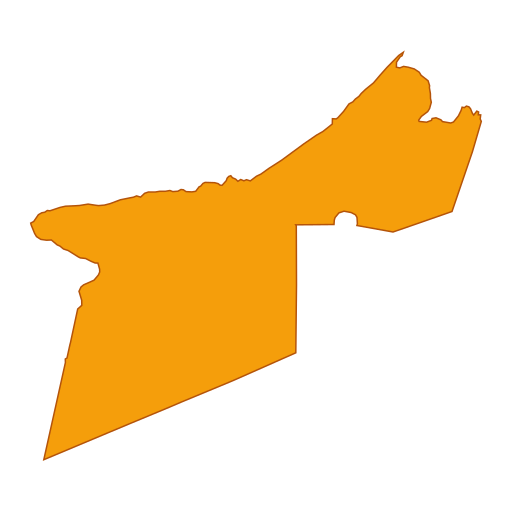 East Honiara, Capital Territory (Honiara), Solomon Islands
{"feature_id": "97153195B54570082610262", "entity_name": "East Honiara", "entity_type": "district", "adm_level": 2, "iso_a3": "SLB", "parent_name": "Solomon Islands", "parent_adm1": "Capital Territory (Honiara)", "projection": "orthographic", "projection_center": [159.999, -9.437], "detail": "fine", "context": "isolated", "style": "filled", "palette": "amber", "viewbox_px": 512, "rotation_deg": 0, "n_neighbors": 0, "source": "geoboundaries", "source_scale": "gbopen_adm2", "svg_char_len": 2220}
<svg xmlns="http://www.w3.org/2000/svg" viewBox="0 0 512 512"><path d="M43.8,459.7L106.7,433.3L129.4,423.8L169.8,407.0L181.0,402.2L233.0,380.6L295.8,352.8L296.5,284.9L296.3,225.8L295.7,224.8L311.2,224.7L334.0,224.5L334.3,220.1L335.1,217.5L338.9,212.9L344.0,211.2L349.4,212.2L351.3,212.6L355.5,214.8L357.0,217.4L357.4,223.8L356.9,225.5L393.0,232.0L419.9,222.7L452.0,211.5L472.4,151.8L481.3,121.4L480.2,119.0L480.7,114.9L478.3,114.8L478.6,112.0L476.8,111.1L473.7,115.1L472.3,113.1L470.5,108.7L468.9,106.8L466.4,106.1L464.4,107.6L462.1,107.2L461.1,110.4L458.4,115.9L453.5,122.0L450.7,123.0L442.5,121.6L440.9,119.8L436.0,117.8L432.1,118.5L431.5,120.3L426.6,122.2L419.1,121.4L418.7,120.1L421.4,116.4L427.7,111.6L429.6,108.5L431.3,102.3L430.5,98.5L430.4,93.6L429.4,87.7L429.6,85.7L428.1,80.8L421.1,75.3L419.2,72.2L414.2,68.9L408.2,67.2L403.6,66.4L399.8,67.9L396.4,67.2L396.5,62.2L400.2,56.8L402.1,55.7L403.3,52.3L398.8,55.4L387.1,67.3L380.4,74.8L373.5,82.9L365.5,89.4L361.2,93.5L358.9,96.4L355.4,99.0L352.8,101.9L349.0,103.9L343.6,111.4L337.8,117.8L336.2,118.9L332.4,118.7L332.3,124.0L322.9,131.5L316.7,135.0L304.2,143.6L281.6,160.2L269.0,168.3L260.9,174.1L256.5,176.2L250.3,180.9L246.5,179.7L243.9,180.8L240.7,179.5L237.9,181.3L235.6,179.1L232.4,177.7L230.8,175.7L228.8,176.4L227.1,178.2L226.3,180.6L222.1,185.3L220.2,185.2L218.1,183.6L214.7,182.7L205.1,182.4L203.0,183.4L200.6,186.2L199.1,186.8L195.7,191.3L191.9,191.9L186.0,191.6L183.4,189.8L181.0,189.5L177.9,191.2L172.8,191.6L169.9,190.5L168.2,190.8L165.3,191.3L159.6,191.3L155.4,192.0L148.4,192.0L144.6,193.3L140.6,197.1L136.6,195.9L133.4,197.2L130.1,197.8L120.3,199.8L110.2,203.6L104.4,205.1L98.5,205.6L96.0,205.3L88.1,204.1L79.5,205.5L74.6,205.8L65.5,206.2L60.1,207.4L49.9,210.8L47.3,210.5L44.8,212.2L41.7,212.8L38.4,214.7L33.7,221.5L30.7,223.1L31.2,225.0L34.6,233.4L36.5,236.6L40.8,239.4L46.5,240.2L51.4,240.0L57.2,244.9L59.8,246.0L63.5,249.0L68.1,250.5L78.3,256.9L80.3,257.9L85.6,258.5L91.3,261.4L95.1,263.0L97.9,263.1L99.6,269.1L99.7,272.0L98.4,275.0L94.0,280.2L83.7,284.8L81.0,287.0L79.0,291.3L81.7,300.3L81.8,305.3L77.7,309.0L74.5,323.9L70.5,342.5L69.9,344.8L67.0,358.0L65.3,359.0L65.4,362.6L43.8,459.7Z" fill="#f59e0b" stroke="#b45309" stroke-width="1.5"/></svg>